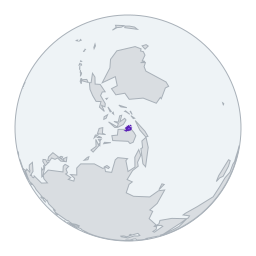 the Earth from above Kalimantan Selatan, rotated 223°
{"feature_id": "IDN-1234", "entity_name": "Kalimantan Selatan", "entity_type": "Province", "adm_level": 1, "iso_a3": "IDN", "parent_name": "Indonesia", "parent_adm1": "", "projection": "orthographic", "projection_center": [115.815, -3.094], "detail": "coarse", "context": "on_globe", "style": "filled", "palette": "violet", "viewbox_px": 256, "rotation_deg": 223, "n_neighbors": 0, "source": "natural_earth", "source_scale": "10m", "svg_char_len": 7651}
<svg xmlns="http://www.w3.org/2000/svg" viewBox="0 0 256 256"><g transform="rotate(223 128 128)"><circle cx="128" cy="128" r="113" fill="#eef3f6" stroke="#a8b0b8"/><path d="M225.4,156.6L225.3,157.4L225.2,157.5L225.4,156.6ZM190.9,34.6L192.4,35.9L189.0,33.3L190.9,34.6ZM186.1,31.5L183.7,30.2L182.4,29.5L179.7,28.1L177.5,26.8L175.7,25.9L186.1,31.5ZM175.7,25.9L175.7,26.0L173.0,24.9L168.5,23.0L166.6,22.2L175.7,25.9ZM234.4,90.9L234.5,91.4L233.6,88.9L233.9,89.7L234.4,90.9ZM233.1,87.4L233.4,88.3L233.1,87.6L233.1,87.4ZM232.9,87.0L233.0,87.3L232.9,87.2L232.9,87.0ZM232.7,86.7L232.7,86.8L232.8,86.9L232.7,86.7ZM232.1,85.6L231.9,85.2L232.1,85.6ZM182.7,29.7L183.5,30.2L182.5,29.7L182.7,29.7ZM177.4,27.1L175.4,26.3L177.0,26.8L177.4,27.1ZM174.1,25.7L169.5,24.1L170.9,25.0L164.4,22.1L170.4,24.1L172.1,24.6L172.4,24.9L174.1,25.7ZM161.5,20.9L160.1,20.5L161.2,20.7L161.5,20.9ZM31.7,69.5L31.5,70.0L32.3,69.4L39.1,60.0L37.7,60.6L42.2,55.0L45.1,52.1L46.8,52.2L48.2,50.6L50.1,47.3L53.6,44.4L51.1,46.1L49.8,47.5L48.3,48.7L49.3,47.5L50.5,46.4L50.9,45.9L47.3,49.4L53.4,43.6L59.9,38.3L66.8,33.4L74.0,29.1L81.6,25.4L89.4,22.2L86.3,23.5L83.3,24.7L83.7,24.4L79.3,26.5L81.6,25.4L80.9,25.8L84.8,24.2L84.6,24.4L88.8,22.6L86.2,23.9L92.1,22.1L93.5,22.2L95.0,21.8L96.1,21.2L97.1,22.1L98.1,21.7L98.2,21.3L100.3,20.3L104.4,19.2L104.5,19.5L103.1,20.0L100.2,21.8L96.3,23.3L96.7,23.3L100.2,22.1L103.7,19.9L106.1,19.2L104.9,20.0L105.5,19.7L106.8,19.4L108.1,19.6L109.7,18.7L123.2,16.8L127.2,17.5L124.6,18.1L134.2,18.4L137.9,19.9L137.9,19.3L142.6,19.6L141.5,19.1L141.9,18.9L153.3,20.3L156.0,21.2L161.0,21.9L161.0,21.7L159.3,21.0L164.4,22.1L170.9,25.0L170.5,25.1L174.8,27.1L173.3,27.5L174.0,28.9L169.8,28.7L170.8,30.1L172.4,30.8L174.9,33.6L174.5,37.7L167.8,31.4L167.0,26.3L166.7,27.9L164.7,26.8L163.3,27.0L163.2,28.4L164.5,29.0L153.7,28.7L149.5,32.9L154.9,33.5L157.8,35.7L157.7,42.8L145.6,51.5L149.3,55.9L149.2,58.5L145.2,59.5L145.3,55.7L141.7,53.9L142.3,51.8L136.0,52.7L136.6,49.7L131.4,52.2L132.8,54.8L138.2,54.8L133.4,58.7L138.2,63.8L138.1,69.5L128.1,78.8L118.8,81.3L118.1,83.2L114.7,80.8L109.7,84.4L115.6,96.0L115.3,99.3L107.4,105.3L107.3,102.7L98.3,96.2L96.3,104.2L103.1,111.3L105.4,119.5L100.0,116.7L97.7,109.5L94.5,107.0L95.6,100.0L93.5,89.7L88.1,91.5L88.8,87.5L85.1,79.4L77.4,81.8L65.1,92.4L62.9,102.9L58.9,107.7L55.2,92.7L56.2,82.9L53.1,83.9L50.7,76.1L41.6,76.3L41.8,73.9L39.7,75.2L38.3,73.1L39.2,69.3L37.6,69.8L35.5,79.8L37.4,79.4L41.1,75.2L40.0,79.0L41.6,82.2L34.3,91.8L23.3,101.6L24.8,93.9L29.8,74.3L31.1,72.0L31.2,71.8L31.4,71.3L29.2,75.0L31.0,71.4L25.5,84.8L23.5,90.9L23.1,102.1L22.5,103.4L23.1,105.7L28.4,102.0L27.9,104.7L23.8,117.5L18.8,135.8L20.9,147.5L23.1,157.8L23.3,165.2L26.6,173.0L27.2,176.2L29.5,180.7L31.9,185.8L34.6,190.8L34.7,191.1L30.5,184.3L26.7,177.2L23.4,169.9L20.7,162.3L18.5,154.6L16.9,146.7L15.9,138.8L15.4,130.8L15.5,122.7L16.1,114.7L17.4,106.8L19.2,99.0L21.5,91.3L24.4,83.8L27.8,76.5L31.7,69.5ZM43.6,53.4L43.2,53.9L43.1,54.0L43.6,53.4ZM46.1,57.5L48.9,57.7L52.2,52.3L53.5,52.1L54.2,50.4L52.4,51.9L54.6,47.7L57.5,46.2L59.5,44.0L58.7,43.9L53.1,47.5L49.8,53.4L47.2,55.6L46.1,57.5ZM37.6,61.7L36.0,63.6L36.4,62.8L36.9,62.3L37.6,61.7ZM73.7,209.7L76.0,211.0L74.7,211.2L73.7,209.7ZM29.2,155.1L32.8,173.4L31.0,173.8L28.4,168.5L25.5,157.5L26.9,154.1L26.9,149.1L29.2,155.1ZM134.1,140.7L137.6,141.5L137.5,142.0L134.1,140.7ZM130.5,138.5L134.4,139.0L129.8,139.7L130.5,138.5ZM136.0,139.2L140.0,138.6L141.8,137.9L141.5,138.9L136.0,139.2ZM127.8,138.4L113.4,137.2L107.7,135.5L109.0,133.6L118.1,134.6L127.8,138.4ZM108.5,133.5L100.0,127.6L88.7,111.6L92.7,112.0L104.6,121.8L103.9,123.5L109.0,128.0L108.5,133.5ZM129.5,124.8L128.7,129.8L120.7,128.8L117.0,127.7L114.5,121.1L115.9,118.0L118.9,118.3L130.6,108.4L134.6,111.4L130.9,115.6L134.3,120.2L129.5,124.8ZM63.3,103.9L65.1,110.3L63.0,111.4L63.3,103.9ZM135.5,101.4L130.6,105.6L135.1,99.9L135.5,101.4ZM138.2,96.0L138.5,98.3L136.6,95.9L138.2,96.0ZM117.8,86.2L114.7,86.6L114.7,85.0L118.7,83.7L117.8,86.2ZM138.1,74.5L137.7,78.8L137.0,80.3L135.7,77.5L138.1,74.5ZM108.2,17.8L102.4,18.8L98.3,19.9L96.4,20.8L96.6,20.2L102.8,18.5L108.2,17.8ZM121.4,16.8L123.1,16.4L124.0,16.5L123.7,16.6L121.4,16.8ZM121.2,16.6L120.1,16.2L122.2,16.0L122.6,16.3L121.2,16.6ZM110.6,16.7L111.6,16.6L109.9,16.8L110.6,16.7L110.6,16.7ZM198.8,199.2L199.6,200.6L196.3,203.6L192.0,206.3L188.4,206.6L198.8,199.2ZM169.1,201.7L169.3,197.3L173.7,197.7L171.6,201.3L169.1,201.7ZM201.7,197.1L204.6,193.8L206.1,188.9L205.3,193.6L207.2,194.6L200.4,200.5L201.7,197.1ZM153.7,181.8L131.6,187.6L126.7,186.2L128.0,182.8L123.6,172.1L125.2,172.4L124.2,165.4L137.3,160.2L146.7,149.8L154.0,151.3L159.5,144.0L166.9,145.5L164.7,151.6L172.3,156.9L177.7,143.5L182.2,159.6L187.6,166.3L188.8,176.8L178.3,192.4L172.4,194.8L171.4,192.9L168.9,194.3L165.3,192.9L163.4,186.9L161.0,188.3L163.4,184.4L159.9,187.7L158.0,183.8L153.7,181.8ZM206.9,162.9L207.9,163.6L209.4,166.9L207.8,165.9L206.9,162.9ZM222.8,158.9L223.1,160.4L222.1,160.3L222.8,158.9ZM225.2,157.5L224.0,157.5L225.4,156.6L225.2,157.5ZM212.7,155.2L213.2,156.3L212.7,156.5L212.7,155.2ZM212.3,154.7L212.9,153.3L212.8,154.9L212.3,154.7ZM207.4,145.0L208.1,144.3L208.4,145.0L207.4,145.0ZM142.7,142.1L147.6,138.6L150.3,138.5L142.7,142.1ZM206.5,143.1L204.9,142.5L205.1,141.7L206.5,143.1ZM206.6,141.2L206.5,140.0L207.5,142.9L206.6,141.2ZM203.5,137.9L205.5,140.4L203.3,138.1L203.5,137.9ZM202.4,137.9L200.9,136.7L201.0,136.3L202.4,137.9ZM185.9,136.0L191.3,143.8L186.9,142.7L182.0,137.7L178.1,140.9L169.4,138.9L171.4,136.8L170.2,133.0L161.2,130.3L159.3,127.7L162.6,126.6L156.6,124.0L163.1,123.8L165.8,128.9L169.5,125.7L175.9,127.6L182.1,130.3L187.1,134.8L185.9,136.0ZM163.2,134.3L164.3,134.5L163.3,135.8L163.2,134.3ZM198.1,133.3L200.2,136.2L200.0,136.7L199.0,136.1L198.1,133.3ZM188.2,134.2L193.6,131.3L194.8,131.6L191.3,135.4L188.2,134.2ZM192.3,128.4L194.8,129.5L196.1,132.0L195.6,132.5L192.3,128.4ZM149.8,128.2L149.6,129.5L147.9,128.3L149.8,128.2ZM152.0,127.6L157.1,129.7L151.5,128.7L152.0,127.6ZM136.6,121.5L138.1,124.7L142.8,123.2L139.2,125.7L142.4,131.2L141.3,133.0L138.1,127.1L137.0,132.8L134.9,132.5L133.8,127.4L135.9,121.6L138.0,119.4L146.4,119.2L136.6,121.5ZM152.0,123.8L150.6,120.1L151.6,117.8L153.1,119.9L152.0,123.8ZM146.7,111.1L143.1,106.7L139.9,107.9L146.5,103.0L148.8,108.0L146.7,111.1ZM143.7,102.0L140.7,103.1L143.9,100.2L143.7,102.0ZM139.9,101.7L139.7,98.9L142.0,99.5L139.9,101.7ZM145.3,102.3L146.0,97.7L147.1,100.6L145.3,102.3ZM138.8,92.8L143.8,97.7L137.2,95.2L137.1,86.6L140.0,86.6L138.8,92.8ZM156.0,62.3L155.5,60.2L158.1,60.1L157.7,61.6L156.0,62.3ZM166.1,58.7L158.6,59.4L152.5,60.4L154.3,61.6L152.8,65.0L150.1,61.3L154.5,58.0L159.1,58.0L160.0,55.3L163.4,54.0L162.9,50.6L164.5,49.5L166.4,52.7L166.1,58.7ZM162.5,49.2L162.8,43.9L167.6,45.5L168.7,47.1L166.5,48.7L164.0,47.7L162.5,49.2ZM164.3,43.2L161.9,42.3L157.4,34.5L157.6,33.4L163.7,39.6L161.8,39.2L162.0,41.0L164.3,43.2ZM160.5,20.7L160.1,20.5L161.3,20.9L160.5,20.7ZM141.1,18.6L141.8,18.4L143.2,18.8L141.1,18.6ZM144.5,18.2L142.5,17.9L144.6,18.0L144.5,18.2ZM138.1,17.5L141.7,17.8L138.3,17.8L138.1,17.5Z" fill="#d9dde1" stroke="#a8b0b8" stroke-width="1"/><path d="M129.5,126.6L129.4,126.9L129.2,126.8L128.9,127.0L129.1,127.0L129.1,127.5L128.9,127.8L128.6,127.5L128.6,127.8L128.9,128.1L128.7,128.1L128.7,128.3L128.3,129.0L125.7,130.1L125.6,129.2L125.5,128.8L125.5,128.5L125.4,128.8L125.0,128.7L125.4,127.6L126.0,127.2L126.2,126.7L126.2,126.4L126.7,126.2L127.0,125.9L127.2,124.8L127.7,124.6L127.5,124.9L127.8,125.1L128.1,126.5L128.4,126.4L129.5,126.6ZM128.9,128.2L129.0,129.6L128.5,129.9L128.4,129.1L128.6,128.5L128.9,128.2ZM129.0,128.9L129.2,128.6L129.1,129.1L129.0,128.9ZM128.1,131.2L128.0,131.4L127.9,131.4L128.1,131.2Z" fill="#8b5cf6" stroke="#5b21b6" stroke-width="1.5"/></g></svg>